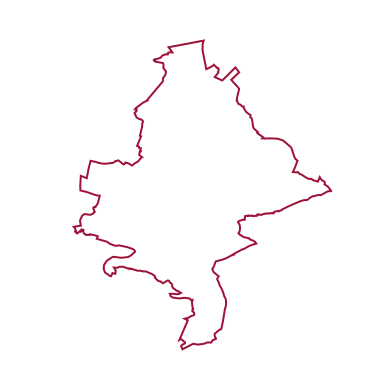 outline of Bosanci, Suceava, Romania, rotated 314°
{"feature_id": "2599482B16284440984410", "entity_name": "Bosanci", "entity_type": "district", "adm_level": 2, "iso_a3": "ROU", "parent_name": "Romania", "parent_adm1": "Suceava", "projection": "natural_earth1", "projection_center": [26.287, 47.571], "detail": "fine", "context": "isolated", "style": "outline", "palette": "rose", "viewbox_px": 384, "rotation_deg": 314, "n_neighbors": 0, "source": "geoboundaries", "source_scale": "gbopen_adm2", "svg_char_len": 6000}
<svg xmlns="http://www.w3.org/2000/svg" viewBox="0 0 384 384"><g transform="rotate(314 192 192)"><path d="M102.9,311.2L103.4,310.9L103.4,310.0L104.8,307.6L105.4,307.0L105.8,306.8L110.8,307.3L112.4,307.6L113.6,308.3L113.9,308.2L121.6,303.3L130.5,297.1L133.7,295.4L135.6,293.8L137.8,291.6L138.7,290.0L139.6,287.2L140.8,285.3L142.2,282.3L143.2,279.9L144.1,276.6L145.6,274.0L146.7,270.8L147.4,270.2L149.9,269.8L149.4,263.6L149.6,262.5L150.7,260.1L153.0,259.7L158.6,257.3L164.5,260.9L167.6,262.4L173.1,264.2L175.7,265.4L175.6,264.9L180.1,266.2L186.1,268.2L186.8,268.8L192.5,270.5L196.4,272.3L199.6,274.1L199.9,271.6L199.4,269.5L198.3,267.1L198.1,265.6L198.4,265.4L195.8,261.0L195.2,259.4L195.0,257.8L194.6,256.9L194.8,256.4L194.5,255.8L194.5,254.2L195.5,254.1L196.1,253.8L198.1,252.7L199.8,251.2L201.3,249.3L201.8,248.4L202.0,246.9L202.4,245.9L204.4,246.2L206.3,247.4L207.4,247.7L207.9,248.1L208.2,248.9L208.8,249.2L211.5,246.9L213.5,248.4L213.3,248.7L213.9,249.2L214.5,249.2L214.9,249.5L214.9,249.9L215.6,250.7L216.2,251.6L216.6,251.5L217.2,251.9L217.2,252.6L217.6,253.4L219.4,254.4L219.4,254.7L219.8,255.2L220.2,255.2L220.5,254.8L221.4,254.6L221.7,254.8L221.9,255.1L222.1,256.2L222.7,256.2L223.0,256.5L223.9,258.0L226.0,258.8L226.7,259.5L227.3,259.6L228.0,260.0L228.1,260.4L229.2,261.7L229.7,261.7L230.4,262.6L230.8,262.7L231.4,263.5L231.7,263.6L232.4,264.2L232.5,264.7L232.8,265.0L233.2,264.9L233.5,265.3L233.7,265.0L234.5,264.9L235.6,265.3L237.4,266.6L238.0,266.8L238.4,267.4L238.4,267.9L239.0,267.9L240.1,268.4L240.5,269.0L241.0,269.1L241.7,268.9L248.1,271.1L260.4,276.2L263.1,277.7L264.9,279.0L266.3,280.4L267.2,280.7L268.1,280.6L272.6,281.6L273.7,282.6L277.3,284.7L278.9,286.5L279.7,287.0L287.1,289.3L289.0,291.3L289.3,291.4L289.7,290.2L290.3,285.7L289.5,282.1L291.0,281.2L291.4,280.5L290.8,276.9L290.9,275.3L291.4,273.6L286.9,275.3L284.4,270.5L284.5,269.0L283.5,268.0L282.2,266.1L281.4,263.1L280.7,259.0L279.8,257.1L279.8,254.2L278.7,253.5L276.4,250.7L281.7,248.8L287.8,246.2L287.7,242.8L288.0,242.2L288.8,240.4L292.1,234.2L292.8,232.6L292.9,231.2L292.4,222.8L292.0,220.9L289.6,216.3L285.1,211.2L280.9,207.1L279.4,205.3L280.8,205.2L279.8,198.6L279.9,197.7L280.8,197.8L280.7,193.4L280.9,191.6L281.8,190.1L285.9,184.8L286.5,183.2L286.2,182.5L286.4,181.7L287.1,181.5L288.0,180.7L287.3,177.1L287.3,175.3L288.0,172.1L288.8,170.3L289.4,169.9L288.7,169.3L288.4,168.7L288.5,166.7L288.3,165.8L287.6,164.0L288.2,162.8L288.9,159.9L288.9,160.4L289.3,160.6L289.6,160.0L290.9,159.1L298.9,154.3L299.3,152.3L299.7,144.9L300.0,142.3L310.8,142.8L311.8,136.7L293.2,136.3L290.5,128.5L296.2,128.0L296.4,127.5L296.9,127.1L298.9,126.0L299.2,124.6L299.1,124.1L298.7,124.0L298.5,123.6L298.7,122.6L298.7,119.3L297.9,119.4L294.3,118.5L290.3,117.0L296.4,108.1L301.4,101.0L306.1,96.7L309.0,95.2L279.9,74.6L279.1,79.5L278.7,80.9L277.2,79.1L275.7,78.1L274.1,79.0L273.1,77.7L272.3,77.1L270.8,76.6L269.8,75.9L266.6,76.1L261.6,73.4L261.7,73.2L260.4,72.8L260.0,73.7L260.1,74.1L260.6,74.9L260.4,75.4L262.6,78.5L263.9,80.6L264.6,81.4L264.1,82.6L263.5,83.4L262.7,84.2L261.8,84.7L261.4,85.1L261.1,86.2L261.1,87.2L260.8,88.2L260.8,89.0L260.7,89.4L260.3,89.8L258.3,91.2L257.1,91.6L254.0,92.0L253.6,92.2L251.3,94.2L226.4,95.9L226.5,96.3L222.7,94.8L213.5,93.3L212.2,93.5L213.2,94.3L213.1,94.6L212.0,95.6L211.8,95.2L210.4,95.9L209.0,95.8L208.2,97.0L208.2,98.1L207.5,99.1L207.3,99.8L207.3,101.6L207.6,102.5L208.0,103.6L208.9,105.1L209.0,106.3L208.8,107.6L208.6,107.9L207.1,108.5L205.7,109.4L205.4,109.9L203.2,111.4L196.2,115.5L196.7,116.7L187.0,120.5L187.8,122.2L187.0,123.1L187.9,124.8L185.5,126.1L185.9,126.8L184.7,127.0L184.4,126.6L182.1,128.1L182.3,132.0L181.3,131.6L180.8,131.6L176.7,132.0L172.3,130.8L169.6,130.6L169.1,129.6L168.9,128.1L168.0,125.2L167.1,124.5L167.0,123.7L164.6,123.9L164.3,123.6L163.6,117.2L163.3,116.8L161.2,115.9L161.2,115.5L158.9,115.2L158.2,114.9L156.8,113.9L155.8,112.9L154.4,112.0L152.1,110.0L149.6,107.1L148.0,104.4L146.7,101.7L144.0,97.4L137.8,100.9L128.8,106.7L126.4,100.8L118.5,107.6L115.6,110.7L118.9,116.3L122.6,124.4L123.6,126.1L125.3,128.2L118.3,132.2L114.2,132.8L114.0,133.0L113.0,131.9L112.0,132.0L111.5,132.5L111.2,133.9L109.7,135.4L109.9,135.8L108.8,135.9L107.2,135.6L105.0,134.8L103.4,132.7L102.4,131.1L101.3,129.9L98.5,129.5L94.7,130.8L93.4,131.6L92.2,133.3L90.9,134.7L90.6,135.4L84.8,131.1L84.6,133.0L83.2,135.9L82.4,135.4L82.2,136.1L82.3,137.8L82.7,138.4L87.2,138.6L86.9,138.8L86.9,139.5L86.7,139.7L87.5,139.9L88.5,139.4L89.3,140.3L88.1,141.2L87.1,143.0L87.1,143.6L87.8,145.5L87.6,145.8L88.8,146.8L89.8,148.1L90.6,147.8L93.6,152.6L94.7,155.0L92.2,156.0L97.3,165.7L97.6,168.8L99.7,173.6L100.7,174.9L103.0,176.7L107.5,183.9L109.4,188.0L110.1,189.9L109.9,192.0L109.2,192.6L106.0,192.2L104.5,192.3L100.8,191.2L95.5,186.8L90.9,180.6L90.3,180.2L89.0,179.7L83.3,178.5L78.4,179.4L75.4,181.8L73.7,185.3L74.5,190.6L74.6,191.4L75.2,192.3L78.4,191.1L79.8,193.6L81.1,192.9L82.6,191.5L83.4,188.3L85.6,190.9L88.0,191.9L88.8,192.8L89.5,193.3L90.4,194.6L92.4,198.7L93.8,200.5L93.4,200.5L95.1,202.7L97.7,207.7L99.5,209.5L100.8,211.8L102.8,214.0L105.0,219.7L105.7,223.0L105.5,224.4L104.6,224.8L104.6,229.3L104.7,230.0L105.7,231.1L106.2,234.5L111.6,236.0L112.1,237.0L112.1,237.6L111.5,238.9L111.9,240.5L111.5,242.2L110.4,243.2L109.8,245.1L109.8,245.7L110.0,246.7L110.3,249.7L110.9,250.5L111.7,254.2L110.0,253.6L109.0,253.0L107.5,251.6L106.0,249.5L103.4,246.8L102.2,249.1L102.6,250.9L103.2,252.3L107.3,257.6L108.8,258.5L110.9,260.4L113.4,263.8L113.7,264.5L113.6,266.7L114.6,267.0L114.9,267.3L114.5,267.7L113.0,268.2L112.2,269.0L109.7,272.2L108.5,274.3L107.9,273.9L107.2,274.6L106.7,274.7L106.5,275.0L106.7,277.2L105.8,278.5L105.1,278.9L104.4,278.8L102.5,277.7L99.1,276.8L95.7,274.7L96.0,275.8L96.8,278.1L76.9,285.7L78.2,286.0L78.8,287.1L78.8,289.7L79.1,290.7L78.8,291.6L78.3,292.0L76.8,291.7L75.1,291.0L73.7,291.1L72.2,294.4L83.7,298.3L86.2,302.1L89.9,305.1L92.7,306.9L94.3,307.4L94.9,308.2L96.1,309.2L96.6,310.1L98.8,310.2L99.1,309.9L99.6,309.8L102.9,311.2Z" fill="none" stroke="#9f1239" stroke-width="2"/></g></svg>